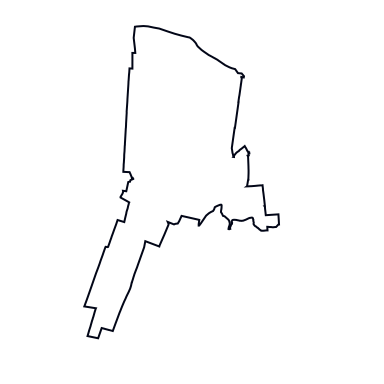 the district of Gradistea, Calarasi, Romania, rotated 188°
{"feature_id": "2599482B45351562291775", "entity_name": "Gradistea", "entity_type": "district", "adm_level": 2, "iso_a3": "ROU", "parent_name": "Romania", "parent_adm1": "Calarasi", "projection": "natural_earth1", "projection_center": [27.161, 44.243], "detail": "fine", "context": "isolated", "style": "outline", "palette": "ink", "viewbox_px": 384, "rotation_deg": 188, "n_neighbors": 0, "source": "geoboundaries", "source_scale": "gbopen_adm2", "svg_char_len": 5865}
<svg xmlns="http://www.w3.org/2000/svg" viewBox="0 0 384 384"><g transform="rotate(188 192 192)"><path d="M166.4,319.7L169.8,320.1L172.3,320.7L176.8,322.2L183.6,325.6L185.3,326.5L193.4,329.6L194.6,330.0L195.7,330.6L199.7,332.6L202.3,334.0L206.5,336.9L207.1,337.5L208.0,338.6L208.2,338.9L208.4,339.3L209.3,340.3L211.3,342.0L212.2,342.7L214.5,344.0L215.7,344.6L216.2,344.7L216.5,344.7L217.1,344.7L224.2,345.4L231.1,346.3L238.4,347.6L246.2,349.1L246.6,349.2L247.3,349.3L252.8,349.5L258.5,349.9L263.2,349.6L269.8,348.2L271.5,347.7L271.2,336.5L268.6,326.6L268.5,326.2L267.5,321.8L270.4,321.4L270.0,318.9L268.2,305.9L271.1,305.7L270.8,302.0L270.7,299.2L270.3,293.7L270.3,293.0L270.0,290.0L269.8,287.4L268.9,275.5L268.6,272.4L267.9,262.4L267.7,261.4L267.4,257.7L266.8,250.6L266.7,249.8L266.4,246.5L266.4,245.7L265.3,232.3L265.2,231.0L265.0,229.2L265.0,228.2L264.8,226.2L264.7,225.0L264.5,222.9L264.4,221.0L264.3,219.4L264.1,217.7L264.0,217.0L263.8,214.5L263.7,213.1L263.6,212.1L263.5,209.9L263.2,207.2L263.0,204.4L262.8,202.4L257.3,202.9L256.6,203.0L255.4,201.1L254.6,199.7L253.8,198.3L253.5,197.5L252.8,197.8L252.1,197.1L252.0,196.7L254.6,195.2L254.7,194.6L254.8,193.6L255.3,193.5L256.5,193.0L256.7,190.4L257.0,186.1L257.2,183.6L260.5,183.6L260.4,183.3L260.3,183.0L260.2,182.9L260.5,181.1L260.5,180.9L261.4,178.8L262.1,177.1L262.0,176.6L258.4,175.2L255.0,173.9L252.8,173.0L252.9,172.8L252.9,172.6L253.0,171.4L253.0,171.2L253.3,169.1L253.5,166.3L253.6,166.1L254.0,163.8L254.1,162.7L254.1,161.8L254.1,161.5L254.5,157.6L254.9,152.8L261.8,153.9L262.6,149.5L263.9,143.5L264.7,139.6L265.3,136.9L265.6,135.1L266.1,132.8L266.5,130.6L266.9,128.7L267.4,126.3L267.4,126.0L267.5,125.9L267.8,125.7L268.1,125.7L268.5,125.7L269.7,125.7L269.9,125.7L270.0,125.5L270.1,125.2L271.2,119.8L271.7,117.1L272.9,111.5L273.5,108.2L274.4,103.9L275.7,98.2L277.2,90.6L278.4,84.5L280.3,75.0L281.2,70.6L282.7,63.7L271.0,63.5L271.1,63.2L271.3,62.0L271.4,61.2L271.6,60.1L271.8,58.7L272.1,56.4L272.3,54.8L272.5,53.9L272.6,53.3L272.8,51.8L273.0,51.0L273.2,49.5L273.4,48.0L273.6,46.7L273.7,45.8L273.8,44.9L274.6,40.4L274.9,38.1L275.1,36.8L275.4,34.8L264.6,34.1L262.5,44.7L251.1,43.3L249.3,51.7L249.0,53.0L246.8,63.0L246.7,63.2L245.3,69.0L243.9,74.2L242.9,77.4L242.6,78.6L242.1,80.3L240.8,84.2L239.8,87.7L239.5,89.5L239.3,90.8L239.1,94.0L238.9,94.1L238.9,94.4L238.7,95.8L238.4,97.4L238.1,99.5L237.8,101.1L237.6,102.5L236.5,107.4L236.2,108.6L235.9,109.9L235.5,112.0L235.2,113.5L231.7,130.6L231.4,136.8L216.8,133.5L216.7,134.4L213.5,145.7L210.8,156.0L210.7,157.0L211.9,159.0L205.3,157.4L204.4,158.0L203.0,158.5L202.4,158.6L201.7,158.8L200.6,161.4L199.0,166.9L180.9,165.4L180.9,161.0L180.7,159.7L180.2,159.8L178.9,162.1L174.7,170.6L172.3,173.3L170.5,174.8L168.5,176.1L167.7,177.8L167.3,180.1L165.9,181.2L164.1,182.3L162.5,183.2L161.4,183.5L161.1,183.4L160.8,182.8L160.7,182.1L160.7,181.4L160.5,180.3L160.6,179.3L160.5,179.0L160.6,178.5L160.6,177.2L160.5,176.1L160.3,175.9L159.2,174.6L158.0,172.7L156.4,172.5L152.0,169.6L151.1,168.4L150.2,166.2L150.2,164.5L150.2,164.1L150.3,163.9L150.6,162.5L150.7,161.0L150.7,160.4L150.3,160.3L150.0,160.3L149.8,160.4L149.0,160.8L149.1,161.0L149.3,161.6L149.3,162.4L149.2,162.9L149.0,163.5L148.9,164.0L148.8,164.5L148.7,165.0L148.0,166.0L148.0,167.1L148.4,167.5L148.5,167.7L148.5,168.1L148.6,168.3L148.6,168.6L148.4,168.9L148.2,169.6L147.7,170.0L146.7,170.3L144.8,170.5L143.8,170.5L143.5,170.4L143.0,170.4L141.4,170.3L140.9,170.2L140.5,170.2L139.9,170.3L139.5,170.3L139.0,170.3L138.4,170.5L137.4,170.7L136.3,171.3L135.7,171.6L134.5,172.3L132.3,173.8L131.4,174.3L129.5,174.9L128.9,175.0L128.0,174.5L127.8,173.7L127.5,173.3L127.3,172.9L127.3,172.4L127.3,172.0L127.1,171.5L126.8,170.9L126.6,170.4L126.6,170.0L126.6,169.2L126.6,168.9L125.8,167.9L125.5,167.6L125.1,167.3L124.5,166.9L123.9,166.8L122.6,165.9L121.9,165.7L121.7,165.6L121.6,165.4L120.4,164.7L120.0,164.3L118.3,163.5L118.1,163.3L117.5,163.4L116.3,163.5L115.0,163.8L113.5,164.2L112.6,164.4L111.9,164.5L112.2,166.0L112.6,168.0L111.5,168.1L110.6,168.1L110.0,168.1L109.0,168.3L108.4,168.3L107.5,168.3L106.6,168.4L105.9,168.6L103.8,169.1L102.0,171.7L101.3,171.9L103.3,181.9L115.7,179.3L115.9,180.0L116.2,181.3L116.8,183.6L117.2,185.1L117.6,186.8L117.7,187.5L117.8,187.6L117.7,187.6L117.8,188.2L118.0,188.8L118.9,192.4L119.3,194.0L120.0,196.6L120.6,198.9L121.2,201.1L122.0,203.9L122.2,205.1L122.6,206.6L122.9,207.7L123.1,208.5L123.7,208.3L124.3,208.2L125.5,208.0L126.3,207.8L128.1,207.4L128.6,207.2L129.0,207.2L129.6,207.0L134.1,206.0L134.7,205.9L138.4,205.2L138.3,205.3L138.3,205.5L138.2,208.2L138.1,212.4L137.9,212.4L138.0,212.7L138.3,215.6L138.6,218.4L139.0,221.3L139.3,223.0L139.7,225.5L140.2,228.3L140.6,230.5L141.2,233.8L141.5,235.1L141.8,235.5L142.0,235.8L141.6,236.0L140.9,236.2L141.2,237.1L141.5,238.1L140.6,238.3L140.8,239.0L141.3,238.9L141.5,239.7L142.2,239.6L142.3,239.7L142.5,239.9L143.4,241.1L144.0,242.0L144.7,243.0L145.7,244.1L146.2,244.8L146.7,244.2L147.0,243.9L147.5,243.4L148.1,242.7L149.6,241.2L150.0,240.8L150.5,240.4L150.7,240.1L150.8,240.0L151.0,239.6L151.2,239.3L151.5,238.9L152.3,238.3L152.8,237.8L153.2,237.4L153.6,236.9L153.8,236.6L154.5,235.5L154.9,234.8L155.2,234.2L155.3,234.1L155.4,233.9L155.5,233.7L155.3,232.5L156.0,232.5L155.9,232.7L156.0,233.1L156.6,234.6L156.7,235.1L156.9,235.5L157.1,235.8L157.4,236.6L157.6,237.3L158.4,240.0L158.6,240.5L158.7,241.1L158.7,241.6L158.7,242.1L158.7,242.5L158.7,244.0L158.7,249.1L158.7,252.6L158.7,261.4L158.4,261.4L158.4,262.3L158.4,266.6L158.4,270.4L158.4,275.4L158.4,280.5L158.4,284.3L158.4,287.4L158.6,287.4L158.6,288.9L158.6,292.6L158.5,294.4L158.5,296.7L158.5,300.3L158.5,301.4L158.5,304.2L158.5,305.3L158.6,305.5L158.5,306.0L158.5,310.1L158.5,311.2L158.6,311.5L159.2,312.5L159.2,312.8L158.1,312.7L156.7,312.6L156.6,313.4L156.6,313.8L156.7,314.0L157.2,314.4L159.3,316.3L163.0,316.1L166.4,319.7Z" fill="none" stroke="#020617" stroke-width="2"/></g></svg>